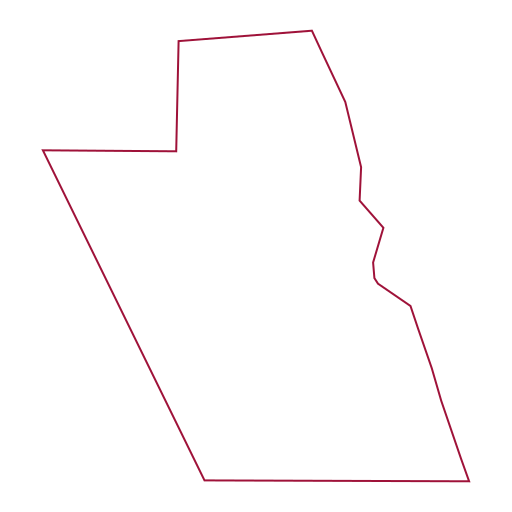 Qasima, Shamal Sina', Egypt
{"feature_id": "37247803B24800496222401", "entity_name": "Qasima", "entity_type": "district", "adm_level": 2, "iso_a3": "EGY", "parent_name": "Egypt", "parent_adm1": "Shamal Sina'", "projection": "orthographic", "projection_center": [34.453, 30.447], "detail": "fine", "context": "isolated", "style": "outline", "palette": "rose", "viewbox_px": 512, "rotation_deg": 0, "n_neighbors": 0, "source": "geoboundaries", "source_scale": "gbopen_adm2", "svg_char_len": 375}
<svg xmlns="http://www.w3.org/2000/svg" viewBox="0 0 512 512"><path d="M139.9,348.5L204.5,480.4L469.1,481.3L460.9,458.3L441.2,400.7L431.8,368.3L418.0,328.4L410.5,306.0L378.0,283.7L374.4,278.1L373.1,262.5L383.4,227.8L359.6,200.6L361.1,167.2L345.3,102.0L321.6,51.6L311.9,30.7L178.6,41.1L176.2,151.3L42.9,150.3L139.9,348.5Z" fill="none" stroke="#9f1239" stroke-width="2"/></svg>